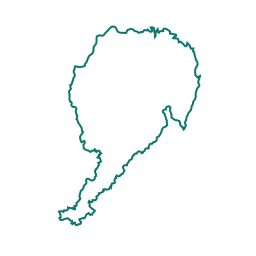 Lagamar, Minas Gerais, Brazil (Robinson projection), rotated 189°
{"feature_id": "56859067B50516216236551", "entity_name": "Lagamar", "entity_type": "district", "adm_level": 2, "iso_a3": "BRA", "parent_name": "Brazil", "parent_adm1": "Minas Gerais", "projection": "robinson", "projection_center": [-46.726, -18.028], "detail": "fine", "context": "isolated", "style": "outline", "palette": "teal", "viewbox_px": 256, "rotation_deg": 189, "n_neighbors": 0, "source": "geoboundaries", "source_scale": "gbopen_adm2", "svg_char_len": 5860}
<svg xmlns="http://www.w3.org/2000/svg" viewBox="0 0 256 256"><g transform="rotate(189 128 128)"><path d="M74.0,211.5L74.4,213.2L75.8,214.0L75.8,215.4L75.9,216.8L78.1,216.1L80.1,219.2L81.0,220.0L82.8,221.2L82.8,219.0L83.3,217.9L84.2,217.7L87.3,220.0L88.2,220.7L89.4,221.4L91.3,220.6L91.8,222.5L92.5,223.7L93.6,224.0L95.2,224.0L96.3,223.7L97.5,223.8L96.7,225.2L94.8,226.7L95.3,227.7L98.6,227.9L101.4,227.8L101.4,229.0L101.7,230.1L104.2,231.2L106.3,231.9L108.1,231.7L108.8,230.6L108.4,229.2L110.8,228.8L112.0,228.1L112.5,226.9L113.4,227.5L113.8,229.0L114.2,230.2L114.8,229.0L115.4,227.3L115.8,225.2L116.8,226.4L117.2,227.5L117.5,229.2L118.0,230.7L119.1,231.2L120.1,231.1L121.3,230.8L120.8,230.0L119.7,229.2L119.5,227.3L120.6,226.5L121.8,226.9L124.0,228.3L124.5,227.3L127.1,227.3L127.8,226.6L128.2,225.4L129.2,224.9L130.3,224.9L131.2,224.0L132.3,223.7L133.3,224.3L135.0,224.8L136.2,224.7L137.3,225.2L138.0,226.0L141.0,226.4L142.0,225.6L144.0,224.5L144.4,222.5L145.1,221.3L146.4,221.5L150.1,220.9L152.1,221.1L153.2,221.6L154.1,222.7L155.3,224.5L156.3,225.5L157.6,226.0L159.5,225.7L160.6,224.9L161.5,223.7L163.0,221.3L165.2,218.3L166.6,215.8L167.8,215.1L170.2,215.1L171.6,214.7L172.8,213.9L173.2,213.0L173.1,211.6L172.6,208.8L172.7,206.3L174.5,202.9L174.6,201.1L174.3,199.7L174.2,198.6L174.4,197.2L175.0,195.9L177.4,193.5L178.0,192.1L178.7,189.4L179.3,186.3L180.3,184.9L180.5,183.9L180.3,182.7L182.3,181.5L185.5,180.5L189.8,180.7L190.0,179.6L190.0,178.0L190.4,176.9L190.5,175.5L190.2,174.2L189.5,173.4L188.8,172.0L188.7,170.8L189.3,169.8L189.8,168.2L189.8,166.5L190.2,165.1L190.4,163.2L190.8,161.9L191.8,161.4L191.3,159.4L190.5,158.0L191.0,156.7L191.7,155.9L191.9,154.9L191.7,153.5L191.0,152.4L191.0,151.3L190.6,150.4L190.5,148.2L190.2,147.0L189.5,145.2L188.1,144.8L187.4,143.6L187.7,142.1L187.0,141.1L186.2,140.4L185.2,140.1L184.5,140.7L183.6,140.4L182.3,139.7L181.9,137.9L182.3,136.1L181.5,134.7L181.2,133.4L180.3,132.7L179.9,131.2L180.0,129.7L180.3,128.7L179.4,128.2L178.7,126.6L177.9,125.4L175.7,123.1L175.0,121.9L174.1,121.3L173.6,120.4L173.4,119.0L172.8,117.6L171.7,117.0L172.8,114.6L173.5,113.3L173.9,112.1L173.8,110.7L173.2,109.5L172.9,108.3L172.4,107.4L171.5,106.7L170.5,107.6L169.2,108.4L168.6,107.6L168.5,106.1L169.4,104.2L168.9,102.6L168.6,101.1L167.9,100.5L167.0,100.1L165.8,100.0L164.6,99.5L163.2,99.5L162.4,98.8L161.3,98.5L160.2,99.9L158.2,100.4L157.6,101.8L156.6,101.4L156.3,99.9L155.4,99.4L154.5,100.5L153.3,101.1L152.2,100.5L152.0,99.3L150.6,98.8L151.3,97.6L152.5,96.9L151.9,96.0L152.7,95.3L153.5,94.2L152.6,93.8L151.7,94.0L150.7,93.4L150.2,92.0L149.4,90.7L150.6,89.7L151.9,88.9L151.0,87.8L151.0,86.5L151.6,85.6L152.0,83.7L153.1,82.9L153.1,81.7L153.9,81.1L153.7,79.2L152.7,78.0L152.4,76.7L151.9,75.8L152.7,74.9L153.0,73.9L153.0,72.4L154.1,71.0L155.1,70.5L156.2,70.5L159.1,71.6L160.4,71.5L161.1,70.5L161.2,69.2L160.6,68.3L160.5,67.1L161.1,65.8L162.2,64.7L162.6,63.3L162.6,61.8L163.5,60.4L163.8,59.4L164.7,58.8L165.0,56.7L165.3,53.5L165.0,52.0L164.1,51.2L164.4,49.7L165.1,49.0L165.6,47.7L166.4,46.5L167.1,46.0L167.1,44.9L166.6,43.9L167.2,42.8L168.8,42.4L167.5,39.7L168.4,39.2L169.3,39.4L170.3,40.4L171.4,39.8L172.6,40.0L173.9,39.9L174.8,40.1L174.5,38.7L175.0,37.5L176.4,36.7L178.3,36.7L178.6,35.1L180.1,35.4L181.8,35.2L183.1,34.7L182.6,33.8L181.9,32.9L181.3,32.2L180.5,29.4L181.7,28.4L181.1,27.7L180.4,26.6L179.4,26.8L178.3,26.7L177.2,27.9L174.3,29.1L173.3,29.4L171.9,28.7L170.9,27.8L169.8,27.3L168.7,27.5L168.1,25.8L168.9,25.0L167.8,24.4L167.2,25.4L166.3,26.0L165.4,26.2L165.3,25.0L164.4,24.1L162.9,24.1L162.0,25.2L160.4,25.5L159.6,26.8L159.7,28.0L160.7,28.4L161.3,29.1L161.7,30.3L160.5,30.8L158.2,32.2L157.4,31.8L156.6,32.6L155.2,36.6L154.3,37.0L153.4,37.8L152.6,36.8L151.4,36.2L150.7,36.9L149.8,36.9L149.7,38.3L148.8,39.4L148.0,40.1L147.9,41.3L151.9,43.3L153.0,44.1L153.9,44.9L153.7,46.1L154.3,47.4L155.4,48.4L154.9,49.9L153.7,49.0L152.6,49.2L151.6,49.6L151.8,51.2L150.4,51.5L148.9,51.5L148.0,53.0L147.9,54.2L148.5,55.4L147.8,56.2L146.9,56.7L146.4,57.7L146.6,59.0L145.4,59.3L142.9,61.0L142.2,62.1L143.0,62.8L142.5,63.7L140.9,64.0L139.5,63.7L138.3,64.1L137.0,64.7L136.6,66.3L136.0,67.9L135.4,67.1L135.4,69.9L135.0,70.9L133.5,71.2L132.6,71.5L132.5,72.9L133.1,73.9L133.1,75.7L131.9,76.7L132.3,77.9L131.8,79.3L130.1,78.7L128.7,79.1L128.2,80.5L127.3,80.8L126.9,81.8L125.9,82.1L124.9,85.2L125.5,86.0L126.9,88.5L126.4,89.9L125.5,90.7L123.2,91.0L123.2,92.5L121.9,95.0L121.7,96.1L120.7,97.0L119.7,97.6L119.1,98.8L119.1,100.3L118.9,101.3L118.1,101.8L117.7,103.1L116.6,104.0L115.4,104.1L115.0,105.3L114.0,106.6L112.8,106.6L111.8,106.5L110.5,105.3L109.4,105.9L109.3,107.1L108.2,107.8L107.9,109.5L106.8,110.8L105.4,110.8L104.4,111.1L104.7,112.6L104.1,115.3L102.9,116.1L101.9,116.1L101.2,116.9L100.8,118.0L99.9,118.2L99.1,118.7L98.1,119.6L97.8,121.4L98.0,123.2L96.0,124.9L94.6,128.4L94.3,129.7L94.5,130.9L93.7,133.2L92.8,134.2L91.6,134.9L90.5,135.8L89.7,137.1L90.3,138.6L90.7,139.9L90.8,141.5L91.6,142.5L92.2,143.7L92.5,144.8L93.7,146.6L94.1,147.8L95.9,149.0L96.3,150.1L95.7,151.4L93.5,152.3L93.6,153.8L93.0,154.9L92.0,155.5L91.1,155.8L90.1,155.6L89.2,154.8L89.5,153.5L89.2,151.9L88.3,150.2L87.7,148.8L87.1,147.7L86.7,145.1L83.2,143.4L80.0,143.2L78.7,143.0L77.9,142.4L77.5,141.0L77.0,139.6L76.2,138.6L75.3,137.7L74.0,137.4L73.6,136.2L72.9,135.2L72.1,136.1L71.9,137.5L71.3,139.0L71.5,140.2L72.4,141.4L72.5,143.0L71.8,145.2L71.8,148.5L71.2,149.7L70.6,152.3L68.5,155.9L68.6,159.1L67.6,162.0L67.8,163.5L67.3,165.0L66.7,166.0L66.0,168.8L66.1,170.4L66.5,171.4L66.5,173.7L66.1,176.9L65.7,178.3L64.9,179.6L64.1,180.4L64.4,181.9L65.3,182.9L65.7,184.1L65.8,185.3L65.6,187.6L65.1,189.1L65.1,190.6L66.0,189.9L66.9,188.8L69.6,190.5L69.9,192.2L70.5,193.4L70.7,196.1L70.4,197.8L70.0,199.2L69.4,200.2L69.2,201.7L69.5,202.9L70.3,204.8L71.4,205.7L74.0,211.5ZM115.8,225.2L115.1,223.7L115.6,222.4L116.0,223.7L115.8,225.2Z" fill="none" stroke="#0f766e" stroke-width="2"/></g></svg>